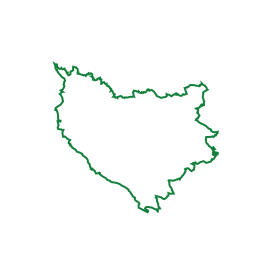 Cristolt, Salaj, Romania (Robinson projection), rotated 23°
{"feature_id": "2599482B97818467423140", "entity_name": "Cristolt", "entity_type": "district", "adm_level": 2, "iso_a3": "ROU", "parent_name": "Romania", "parent_adm1": "Salaj", "projection": "robinson", "projection_center": [23.442, 47.218], "detail": "fine", "context": "isolated", "style": "outline", "palette": "green", "viewbox_px": 256, "rotation_deg": 23, "n_neighbors": 0, "source": "geoboundaries", "source_scale": "gbopen_adm2", "svg_char_len": 5785}
<svg xmlns="http://www.w3.org/2000/svg" viewBox="0 0 256 256"><g transform="rotate(23 128 128)"><path d="M187.7,192.3L187.4,191.4L188.2,189.6L188.7,189.5L187.9,188.8L186.9,188.7L186.6,188.3L185.5,186.2L183.3,184.0L183.0,182.9L182.3,182.0L180.8,181.2L181.2,180.3L180.5,179.7L185.2,178.9L188.4,179.5L189.3,179.2L190.8,176.7L190.8,175.5L191.6,174.4L190.6,172.1L192.3,172.1L195.7,170.5L193.2,168.2L192.7,168.3L192.0,166.8L189.1,165.0L188.0,163.6L187.3,161.9L185.9,160.5L186.3,160.0L189.8,159.0L191.3,158.1L192.7,156.5L193.7,156.0L194.8,154.8L194.8,154.5L195.2,154.3L195.8,154.8L195.8,154.0L196.6,151.9L196.5,151.3L197.2,149.9L197.7,147.5L197.5,146.8L197.9,145.4L197.0,143.7L196.6,143.5L196.8,143.1L197.6,143.0L197.8,142.3L199.0,141.6L203.2,142.9L205.0,140.5L204.1,137.1L203.0,135.7L202.5,135.7L202.1,136.1L201.0,136.0L201.5,135.6L201.5,135.1L202.0,134.5L203.1,134.6L203.7,134.4L203.6,133.5L205.0,134.0L205.8,134.0L207.3,132.3L207.7,131.4L210.5,129.0L213.5,129.6L217.0,126.9L217.4,126.3L217.4,124.1L218.3,124.2L218.5,123.1L219.3,122.5L219.3,119.9L219.7,119.7L219.6,117.7L220.7,117.4L220.5,116.0L219.8,116.2L219.3,115.9L218.3,117.6L217.9,119.2L216.9,119.4L216.6,119.3L216.9,117.7L216.0,117.7L215.8,117.4L217.6,116.3L214.9,115.3L214.7,115.4L214.5,115.2L214.8,115.0L214.3,114.7L216.2,113.5L214.1,112.3L213.1,113.5L212.5,113.8L209.9,112.8L209.3,112.8L207.7,111.7L206.8,111.6L206.0,111.0L204.7,109.4L204.2,108.4L203.5,105.8L207.7,103.8L209.2,102.6L210.1,103.0L210.9,101.6L210.8,100.4L211.9,100.3L211.9,99.2L212.4,97.7L212.0,96.4L211.0,97.3L207.9,98.6L205.4,98.0L205.2,97.3L204.5,96.8L202.8,97.1L198.6,95.5L193.5,95.3L190.5,94.9L189.4,94.3L187.3,94.2L187.4,92.9L188.7,91.8L188.7,91.1L188.4,91.0L189.0,88.8L186.7,87.1L186.0,87.0L186.3,86.4L185.6,85.9L185.8,84.5L185.0,83.1L183.6,83.7L183.0,83.5L185.6,81.5L185.9,80.8L185.8,80.4L186.1,80.1L186.1,79.5L186.6,79.4L187.2,80.1L186.9,79.5L187.1,78.9L186.7,78.3L187.4,78.2L187.1,77.4L187.6,77.4L187.8,78.2L189.0,77.2L187.7,74.5L187.9,73.9L187.1,73.4L186.4,72.1L184.8,70.6L184.2,67.9L183.3,66.0L184.0,64.7L186.3,61.7L185.5,61.5L184.7,60.4L183.5,59.6L182.2,59.0L180.1,58.8L178.6,58.1L179.2,59.0L178.8,59.3L178.2,59.1L177.5,60.1L177.7,60.8L177.3,61.3L177.5,61.6L177.2,61.8L176.5,61.7L173.6,62.6L172.4,62.6L168.6,64.0L167.1,67.2L166.5,67.7L166.1,67.5L165.4,68.5L164.7,69.0L165.0,69.2L165.1,69.8L167.8,72.6L168.0,73.2L168.7,73.6L166.8,75.3L165.7,75.3L165.8,75.8L165.2,76.2L165.0,77.2L164.5,77.5L163.2,78.0L160.9,77.7L160.1,78.2L160.1,77.3L158.8,77.2L158.0,78.2L157.9,78.9L156.6,79.7L155.9,81.4L155.4,81.9L153.3,81.3L152.2,81.5L151.6,81.9L150.3,81.7L151.2,83.4L150.5,84.8L147.9,86.3L147.4,87.0L146.4,87.3L142.2,87.3L138.2,84.6L135.6,83.8L134.6,83.8L133.1,85.4L132.4,85.2L132.0,84.4L131.7,84.4L131.0,84.9L130.5,87.6L129.9,88.6L128.6,88.6L128.1,89.1L128.2,89.5L126.8,89.5L126.9,90.6L125.1,90.9L123.5,90.2L123.7,90.9L120.5,90.9L118.8,91.3L118.9,92.2L118.6,93.2L119.5,94.1L120.0,95.4L121.2,96.6L120.7,96.6L120.0,97.6L118.3,98.2L115.3,100.3L113.1,101.1L113.1,101.6L112.3,101.6L111.2,102.1L109.5,101.3L108.4,101.7L106.3,103.5L106.2,103.7L106.5,104.5L105.5,104.3L104.8,104.5L104.5,105.0L103.4,104.6L102.3,105.0L102.7,104.0L102.4,103.9L102.4,103.5L102.0,103.0L102.7,102.4L102.4,102.0L101.8,102.1L100.6,101.5L98.8,99.8L98.2,100.0L97.7,100.6L97.7,99.7L97.1,99.1L97.1,98.5L96.5,98.3L96.2,98.6L94.3,97.1L93.7,97.5L93.1,97.1L92.4,97.3L92.3,96.7L90.9,96.4L90.8,95.7L90.2,96.2L89.5,96.1L87.9,95.1L87.0,96.0L86.5,97.6L86.0,97.8L85.8,96.6L84.9,95.3L84.6,93.7L83.8,93.6L83.0,94.1L82.6,92.7L80.5,94.9L80.5,95.9L79.1,96.9L78.3,96.6L78.0,97.1L77.5,96.9L77.0,97.1L76.8,96.2L76.3,96.1L76.4,95.2L75.0,95.0L75.5,94.8L75.1,94.4L74.4,94.4L74.4,93.3L74.1,92.5L72.8,92.1L71.7,92.7L71.7,93.3L70.4,92.9L70.2,94.2L69.6,94.2L69.7,94.7L69.0,95.2L68.8,96.5L67.6,95.8L67.5,95.3L67.3,96.4L66.8,96.9L62.1,97.2L60.6,97.6L60.6,96.4L60.0,96.6L58.9,93.8L58.3,93.2L56.9,93.0L56.5,92.5L55.2,92.9L53.6,93.0L53.9,94.2L55.0,96.2L54.4,97.2L53.3,98.1L53.5,99.9L54.0,101.1L53.6,101.8L52.5,102.8L51.4,101.8L50.6,101.6L50.8,100.6L50.0,101.0L48.1,99.3L47.0,99.0L46.4,98.1L44.7,99.5L44.0,99.5L43.1,98.8L42.9,99.8L41.4,100.4L38.5,99.0L37.8,97.3L37.2,97.4L36.8,98.0L35.3,97.6L37.8,100.3L37.9,100.7L37.7,101.0L39.3,102.5L39.7,102.1L40.0,102.8L41.5,103.7L41.6,104.1L46.0,106.1L46.7,106.9L50.1,107.3L51.7,109.2L51.2,111.0L51.9,112.3L51.8,113.4L53.1,114.3L53.1,117.2L52.9,117.9L51.4,119.7L53.9,120.2L53.2,120.6L52.7,121.4L52.8,121.7L51.9,123.4L53.4,123.9L56.2,126.3L56.5,127.5L57.6,128.4L57.8,129.0L56.8,133.1L55.7,134.4L53.6,137.9L53.9,138.6L53.9,139.7L54.6,139.8L55.2,139.3L56.9,141.1L58.2,142.9L60.8,148.2L63.0,147.7L63.2,148.5L60.6,149.4L63.0,152.6L63.1,155.1L63.4,155.6L64.1,156.2L69.3,155.0L69.2,156.4L69.6,158.3L71.6,161.4L72.3,161.3L72.9,160.6L73.4,160.5L76.9,161.7L79.4,161.7L78.9,163.6L79.1,164.9L80.2,165.5L80.1,165.2L80.9,165.1L81.1,165.9L81.8,165.9L82.1,166.2L82.0,166.8L82.9,166.7L84.6,168.0L85.2,167.8L85.8,168.2L87.5,168.2L90.5,169.8L93.2,169.5L96.1,169.7L96.3,170.3L97.7,171.2L98.5,171.2L101.9,172.1L103.4,173.2L104.7,175.3L105.7,176.0L106.4,176.0L107.0,176.5L108.0,178.5L108.7,178.7L109.7,179.5L109.7,180.3L110.9,180.5L111.3,179.5L112.6,180.3L113.6,180.1L114.2,180.8L114.7,180.9L116.3,182.4L118.6,181.1L119.0,180.3L119.6,180.4L119.6,180.7L120.2,181.2L119.9,181.3L120.1,181.6L123.6,182.5L127.2,182.8L129.2,183.9L132.3,183.6L132.8,184.1L134.5,184.2L136.1,183.6L139.8,182.9L142.2,182.9L144.7,183.4L148.5,183.6L152.4,184.5L153.0,185.4L155.5,186.3L156.5,187.3L157.7,187.8L159.1,189.1L161.7,189.5L162.0,190.9L163.1,191.7L166.9,192.4L167.8,192.8L168.2,193.9L167.8,194.5L168.9,197.2L178.9,197.9L179.0,196.5L178.7,196.2L176.0,196.0L175.1,195.3L175.4,194.0L177.1,192.9L180.3,192.2L180.7,191.9L184.4,192.2L185.7,192.0L187.3,192.8L187.1,192.0L187.7,192.3Z" fill="none" stroke="#15803d" stroke-width="2"/></g></svg>